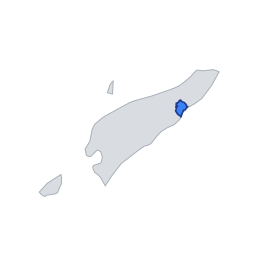 Uato-Lari, Viqueque, East Timor (highlighted), rotated 344°
{"feature_id": "22284137B41938791268987", "entity_name": "Uato-Lari", "entity_type": "district", "adm_level": 2, "iso_a3": "TLS", "parent_name": "East Timor", "parent_adm1": "Viqueque", "projection": "robinson", "projection_center": [126.552, -8.764], "detail": "fine", "context": "in_parent", "style": "filled", "palette": "blue", "viewbox_px": 256, "rotation_deg": 344, "n_neighbors": 0, "source": "geoboundaries", "source_scale": "gbopen_adm2", "svg_char_len": 3535}
<svg xmlns="http://www.w3.org/2000/svg" viewBox="0 0 256 256"><g transform="rotate(344 128 128)"><path d="M90.2,177.3L88.0,167.9L85.7,163.9L83.9,161.7L83.2,158.8L83.3,155.9L84.4,154.5L92.2,154.2L95.3,149.3L95.3,143.6L93.7,141.6L92.2,140.8L84.2,145.1L81.9,144.3L80.5,142.8L80.9,136.4L87.5,130.4L93.2,119.5L97.1,115.2L106.3,111.1L110.0,110.0L136.7,104.0L143.1,103.6L160.0,103.8L182.7,102.5L188.3,101.7L195.5,99.0L202.6,95.8L206.3,93.2L210.2,91.3L216.0,93.7L225.9,95.4L228.6,97.0L231.0,99.2L219.6,110.6L207.0,120.0L199.2,122.9L191.2,124.8L185.0,128.5L179.9,134.2L173.3,137.5L165.8,138.6L159.5,140.3L153.7,143.6L145.7,149.4L142.4,150.0L139.0,149.9L132.3,152.1L111.7,160.3L99.2,169.5L90.2,177.3ZM25.0,165.1L35.2,158.9L50.7,154.2L50.4,157.7L48.8,163.1L46.4,165.7L42.9,170.2L40.5,171.3L31.2,170.2L30.0,170.9L28.4,170.4L26.0,167.5L25.0,165.1ZM126.7,78.7L122.5,91.1L117.9,88.4L122.7,81.5L125.1,79.4L126.7,78.7Z" fill="#d9dde1" stroke="#a8b0b8" stroke-width="1"/><path d="M186.3,115.7L186.2,115.6L185.9,115.6L185.7,115.8L185.4,115.8L185.4,116.0L185.3,115.9L185.2,116.0L184.9,115.9L184.9,116.0L184.7,116.2L184.6,116.3L184.3,116.5L184.2,116.5L183.9,116.7L183.7,116.7L183.6,116.8L183.4,117.0L183.2,117.1L183.1,117.3L182.9,117.3L182.9,117.5L182.7,117.7L182.5,117.8L182.4,117.7L182.1,117.7L181.9,117.6L181.7,117.5L181.6,117.4L181.4,117.4L181.4,117.5L181.3,117.8L181.2,117.9L181.1,118.1L180.9,118.1L180.8,118.3L180.7,118.6L180.7,118.8L180.8,118.8L180.8,119.0L181.0,119.1L181.1,119.3L180.9,119.3L180.9,119.5L180.8,119.8L180.9,120.0L181.0,120.1L181.0,120.3L181.1,120.2L181.2,120.3L181.1,120.5L181.3,120.6L181.5,120.7L181.6,120.8L181.6,121.0L181.3,121.1L181.2,121.1L181.0,120.9L180.9,120.8L180.8,120.7L180.7,120.8L180.7,120.7L180.5,120.8L180.4,120.7L180.3,120.8L180.2,120.8L180.0,120.7L180.0,120.8L179.9,120.8L179.8,121.0L179.7,121.2L179.7,121.3L179.7,121.5L179.8,121.6L179.9,121.8L179.9,122.0L179.9,122.4L179.9,122.5L179.7,122.7L179.6,122.9L179.6,123.0L179.5,123.3L179.4,123.5L178.9,124.0L178.6,124.3L178.4,124.5L178.6,125.1L178.6,125.5L178.7,125.8L178.8,125.9L178.9,126.0L179.0,126.1L178.9,126.2L178.9,126.3L179.1,126.4L179.1,126.5L179.3,126.7L179.3,126.8L179.3,127.1L179.2,127.3L179.1,127.6L179.2,127.8L179.4,127.9L179.7,128.1L179.6,128.4L179.6,128.5L179.9,128.8L180.0,129.0L180.3,129.2L180.4,129.4L180.4,129.5L180.6,130.0L180.8,130.1L181.0,130.2L181.2,130.3L181.3,130.4L181.3,130.6L181.4,130.8L181.5,131.0L181.8,131.2L181.8,131.3L182.0,131.4L182.0,131.5L182.1,131.4L182.2,131.5L182.3,131.6L182.7,130.9L182.8,130.8L182.9,130.6L183.2,130.0L183.3,129.9L183.4,129.7L183.5,129.7L183.6,129.4L183.8,129.2L184.6,128.0L185.1,127.5L185.2,127.4L185.3,127.4L185.5,127.3L185.6,127.2L185.9,126.6L186.1,126.4L186.4,126.1L186.5,126.1L186.8,126.1L187.0,126.1L187.3,126.1L187.5,126.2L187.7,126.3L187.8,126.3L188.0,126.3L188.2,126.2L188.3,126.1L188.5,125.9L188.6,125.7L189.1,125.2L189.3,125.1L189.5,124.9L189.7,124.7L190.0,124.6L190.3,124.5L190.4,124.4L190.5,124.3L190.8,124.1L190.8,123.9L190.7,123.7L190.8,123.7L190.7,123.6L190.7,123.4L190.6,123.2L190.4,123.1L190.4,122.9L190.5,122.7L190.6,122.4L190.4,122.2L190.2,121.9L190.2,121.7L190.3,121.6L190.2,121.3L190.1,121.2L190.1,120.9L189.9,120.8L189.8,120.7L189.8,120.2L189.7,120.1L189.5,119.9L189.4,119.8L189.3,119.7L189.2,119.4L189.3,119.3L189.2,119.2L188.9,118.9L188.7,118.7L188.2,118.4L187.9,118.2L187.5,117.9L187.4,117.6L187.2,117.5L187.2,117.4L187.0,117.2L186.9,117.1L186.8,116.9L186.7,116.8L186.7,116.7L186.4,116.4L186.2,116.2L186.2,115.8L186.3,115.7Z" fill="#3b82f6" stroke="#1e3a8a" stroke-width="1.5"/></g></svg>